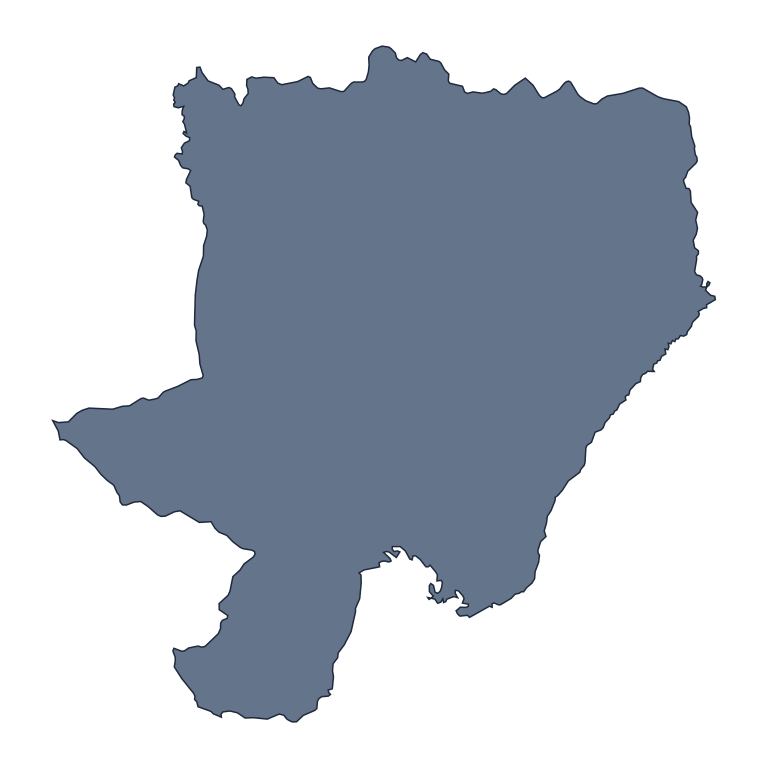 outline of Arinos, Minas Gerais, Brazil
{"feature_id": "56859067B82279681596655", "entity_name": "Arinos", "entity_type": "district", "adm_level": 2, "iso_a3": "BRA", "parent_name": "Brazil", "parent_adm1": "Minas Gerais", "projection": "albers", "projection_center": [-46.019, -15.804], "detail": "fine", "context": "isolated", "style": "filled", "palette": "slate", "viewbox_px": 768, "rotation_deg": 0, "n_neighbors": 0, "source": "geoboundaries", "source_scale": "gbopen_adm2", "svg_char_len": 6019}
<svg xmlns="http://www.w3.org/2000/svg" viewBox="0 0 768 768"><path d="M706.9,286.8L703.2,287.1L700.5,286.1L701.8,284.3L702.8,279.6L702.0,277.5L699.8,275.7L696.5,274.9L694.6,271.6L696.7,259.1L696.4,256.3L698.4,253.9L698.4,250.8L694.6,247.8L693.2,240.2L696.2,234.4L697.5,228.3L695.7,220.0L697.6,212.4L691.1,202.4L690.4,191.1L689.0,188.6L686.1,188.3L683.7,181.7L683.7,179.3L685.6,177.4L687.7,171.3L696.0,163.1L697.2,160.9L696.9,157.4L695.3,154.5L694.4,149.0L694.8,146.0L691.7,136.6L690.5,126.5L689.2,124.1L689.5,117.9L688.5,112.2L686.3,106.8L678.7,101.6L663.9,98.8L658.0,96.8L642.7,88.1L639.2,88.1L622.8,93.4L607.5,96.0L602.0,99.0L596.9,103.6L594.0,103.9L585.8,100.8L580.4,96.9L578.1,94.7L570.7,82.2L568.7,81.1L566.3,81.7L564.1,83.5L559.6,89.2L556.6,91.3L544.0,97.9L541.5,97.4L539.2,95.2L533.0,85.2L525.3,78.1L514.6,85.4L506.5,93.6L503.8,94.4L500.8,93.8L495.8,89.6L493.5,88.9L491.0,91.2L485.0,92.7L482.1,93.2L473.1,91.9L467.4,93.4L464.6,91.9L462.5,86.3L449.5,83.2L448.3,80.6L448.8,74.1L444.6,69.9L440.8,62.9L439.0,61.4L430.2,59.2L426.6,54.0L422.8,52.7L420.3,54.6L415.7,61.9L407.3,57.6L401.5,60.5L398.8,60.0L396.5,57.7L395.3,53.0L391.3,48.9L389.1,47.2L382.2,46.1L375.0,48.7L372.4,51.1L368.7,57.2L369.1,65.2L368.4,71.9L366.2,79.4L364.7,81.2L362.5,82.0L353.7,82.0L351.3,83.3L343.9,91.4L340.9,91.6L329.5,87.9L321.1,88.8L317.7,88.2L312.7,83.4L310.4,77.5L308.1,76.4L297.6,81.6L281.7,84.7L277.7,83.0L273.9,77.7L263.9,77.2L256.0,78.2L251.7,76.9L246.9,79.4L246.6,85.5L247.9,89.1L248.2,93.5L244.1,98.6L242.9,103.1L241.0,105.8L239.0,104.9L235.7,99.0L234.6,96.6L234.9,94.1L231.4,88.6L228.8,87.5L222.9,89.3L219.0,85.2L208.1,80.9L202.1,72.7L200.0,67.1L196.7,67.5L196.3,77.6L189.1,80.8L188.1,83.1L183.7,85.9L178.7,83.7L177.8,85.8L174.9,87.2L173.2,94.9L174.6,98.0L173.7,100.0L175.3,102.4L173.6,104.1L174.0,106.6L178.2,107.8L183.8,106.3L182.3,110.0L182.0,114.6L184.3,116.3L184.2,119.0L182.8,121.5L184.5,124.2L186.6,133.0L184.0,131.4L183.1,133.5L186.1,136.2L189.6,137.6L189.5,140.6L184.4,143.2L181.3,147.8L182.5,151.4L182.2,154.0L177.1,153.3L175.3,154.8L174.5,157.1L178.6,160.4L180.5,165.2L182.6,167.8L188.4,168.9L190.7,170.5L186.4,179.6L185.9,182.8L190.1,186.3L191.8,197.6L193.4,199.3L198.7,201.3L197.9,204.4L199.5,205.8L202.2,206.1L204.1,214.3L203.2,221.3L203.9,223.6L205.6,225.0L207.3,230.0L206.6,236.3L203.6,245.6L203.4,256.1L198.6,270.5L197.0,280.4L195.3,294.9L194.7,316.9L194.5,325.1L196.2,330.9L196.0,340.9L199.2,354.3L199.9,363.9L203.2,375.7L202.3,377.9L197.0,379.4L191.0,379.7L177.7,386.4L165.6,391.0L163.3,392.2L158.1,398.0L155.1,399.0L148.8,400.2L143.6,398.1L140.9,398.6L129.5,405.8L122.3,406.3L112.7,409.2L89.0,408.1L82.2,410.3L76.9,413.3L68.3,421.9L58.5,422.6L52.7,420.6L58.3,431.1L60.0,439.9L63.6,439.6L66.1,440.6L77.2,448.6L84.4,457.9L95.0,466.7L100.8,474.2L107.2,480.4L113.8,485.2L117.0,492.5L119.4,495.6L120.2,502.0L122.4,504.9L126.5,505.0L134.1,502.1L140.7,501.5L147.8,506.3L157.6,514.9L160.9,516.4L165.4,516.1L174.3,511.8L180.0,510.8L199.3,522.4L211.1,521.7L215.0,528.3L219.0,532.2L226.8,535.4L232.9,541.8L240.2,547.4L243.0,548.7L251.8,550.1L254.6,551.6L255.0,554.3L253.1,557.2L244.1,563.9L240.0,570.1L232.9,576.6L230.0,591.0L228.2,595.2L219.1,603.6L219.2,609.7L227.7,615.5L227.2,618.4L222.4,620.3L220.7,623.0L220.5,628.7L218.3,633.7L205.1,646.4L201.7,647.2L198.4,646.1L195.7,646.5L188.6,648.0L184.6,650.8L182.0,651.3L173.9,648.3L172.9,651.0L175.2,657.2L175.3,660.5L174.3,666.9L181.7,678.5L193.7,693.4L195.0,696.2L194.6,699.5L196.8,701.8L198.0,706.7L211.0,711.4L213.3,713.8L221.4,717.2L221.0,714.2L223.0,711.9L230.0,711.0L237.4,712.8L245.1,718.0L253.6,717.7L267.3,719.1L279.1,714.1L283.7,715.1L287.0,719.2L289.7,720.8L292.4,721.9L296.5,721.8L303.3,715.4L314.8,710.4L316.8,708.6L317.5,701.1L318.9,698.7L321.6,696.7L328.3,696.1L330.5,694.4L328.9,692.8L328.1,690.1L332.3,688.8L333.5,676.7L332.5,670.8L333.1,663.7L337.6,657.8L338.2,652.9L344.2,644.9L351.1,631.6L355.5,611.8L355.5,608.3L359.7,598.7L361.2,582.8L361.0,575.0L359.0,572.9L364.2,569.9L379.6,566.8L379.0,562.9L381.5,561.4L384.5,561.0L388.9,562.0L391.1,561.0L390.0,558.5L383.6,552.4L386.3,551.5L389.2,552.1L396.3,557.5L399.9,551.9L397.5,550.9L394.0,551.6L392.1,549.0L392.4,546.6L400.2,546.6L405.4,551.0L409.8,559.1L412.1,559.9L413.0,555.9L415.6,555.8L420.2,559.5L425.9,566.8L428.4,566.8L430.1,565.2L435.8,572.1L437.4,574.8L436.9,580.9L441.2,580.4L442.4,582.4L441.5,587.9L440.0,591.5L437.6,593.3L435.0,592.1L433.5,585.4L430.7,583.5L429.3,585.8L429.4,591.7L433.3,596.2L431.0,598.2L434.8,599.1L437.7,603.3L440.9,602.1L442.8,598.8L443.6,602.5L445.7,601.7L446.8,599.2L452.6,597.0L454.7,596.7L457.6,597.7L455.2,593.1L455.4,590.3L458.4,590.8L462.6,595.5L464.1,598.5L462.4,603.1L468.4,604.2L468.3,606.4L466.0,607.4L460.3,607.2L456.1,610.8L457.6,614.0L460.0,616.1L467.5,615.3L469.5,617.4L489.4,606.2L492.2,607.3L492.0,603.7L494.4,603.0L498.2,604.8L500.4,604.8L511.1,598.4L515.0,594.2L519.3,593.2L521.5,591.7L523.6,591.8L526.7,587.6L532.0,583.1L534.6,578.7L535.1,571.7L538.6,562.3L539.5,555.2L538.2,553.1L537.9,550.3L540.7,541.5L546.0,536.5L544.2,530.9L546.5,523.0L547.3,516.3L551.0,510.7L555.0,500.7L555.3,497.2L557.7,495.6L562.4,490.2L568.4,480.8L579.8,472.3L580.7,469.5L584.2,465.3L585.0,462.5L585.9,447.8L587.0,445.4L591.5,442.2L595.1,432.2L601.0,429.9L603.2,427.7L605.1,422.5L609.3,418.0L610.5,414.8L613.3,414.0L614.6,411.2L616.9,409.9L619.6,404.1L625.9,400.0L625.2,397.1L626.6,395.3L628.8,394.9L630.0,390.0L635.9,383.6L640.4,381.6L640.7,377.8L642.6,374.5L645.6,373.3L647.5,371.3L654.2,371.5L652.6,369.2L653.8,364.1L656.8,363.0L657.6,360.9L660.0,360.3L661.6,356.3L665.8,354.0L665.0,349.1L667.8,349.7L669.0,346.7L668.2,343.3L670.9,343.8L672.4,340.5L674.9,341.6L675.8,339.0L678.3,338.8L680.3,335.6L683.7,336.1L686.7,334.6L687.4,331.6L691.4,326.4L692.3,322.5L698.6,316.2L699.3,313.6L698.3,311.4L703.2,308.5L706.7,307.7L706.5,304.8L715.3,299.6L714.8,296.3L710.5,295.2L705.5,290.2L706.9,286.8ZM706.9,286.8L708.9,285.3L709.9,282.8L708.0,281.5L706.7,283.8L706.9,286.8ZM431.0,598.2L427.7,597.5L429.0,599.4L431.0,598.2Z" fill="#64748b" stroke="#1e293b" stroke-width="1.5"/></svg>